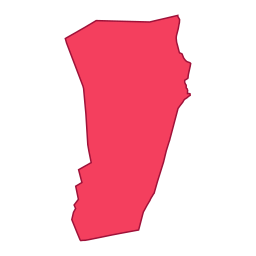 Reifi Telkok, Kassala, Sudan (Natural Earth projection)
{"feature_id": "16777658B60092664698782", "entity_name": "Reifi Telkok", "entity_type": "district", "adm_level": 2, "iso_a3": "SDN", "parent_name": "Sudan", "parent_adm1": "Kassala", "projection": "natural_earth1", "projection_center": [36.762, 16.137], "detail": "fine", "context": "isolated", "style": "filled", "palette": "rose", "viewbox_px": 256, "rotation_deg": 0, "n_neighbors": 0, "source": "geoboundaries", "source_scale": "gbopen_adm2", "svg_char_len": 1445}
<svg xmlns="http://www.w3.org/2000/svg" viewBox="0 0 256 256"><path d="M80.8,240.6L82.0,240.4L84.1,240.3L85.1,240.3L88.6,239.7L103.5,236.7L112.2,234.9L120.6,233.3L134.7,230.7L138.6,230.0L139.0,228.6L142.6,214.7L143.4,211.9L144.8,209.4L147.0,205.3L150.1,200.1L150.3,199.4L151.7,196.9L151.9,196.7L153.5,194.0L154.1,193.3L157.4,181.7L163.5,162.2L164.9,156.4L166.3,150.7L169.0,142.0L169.8,139.7L169.8,139.4L170.5,136.8L171.1,134.6L177.6,110.1L178.0,108.5L178.3,108.1L180.0,105.7L182.8,102.1L183.4,101.0L183.9,100.1L184.4,99.6L185.0,99.0L186.8,97.9L188.8,96.2L189.9,95.5L190.2,95.3L190.0,93.8L189.7,93.8L189.7,93.7L188.9,93.5L187.8,93.6L187.5,93.6L187.5,91.4L187.7,90.8L187.2,88.9L186.2,87.9L186.2,85.1L185.9,84.8L185.6,84.4L184.9,82.9L184.7,82.4L184.7,80.3L187.8,78.4L188.0,77.5L188.1,77.3L188.1,76.5L188.4,74.4L189.7,68.5L189.9,67.5L190.1,66.8L190.7,63.5L189.9,62.7L188.5,62.2L186.9,61.6L185.7,60.6L184.8,59.6L183.6,57.9L182.7,55.6L182.1,54.0L180.6,53.2L179.6,52.9L179.1,51.7L178.5,49.3L177.6,45.8L176.6,42.2L176.2,38.1L176.4,35.9L177.8,30.4L178.0,29.6L178.2,29.0L179.0,24.4L179.4,22.7L179.6,19.9L179.6,19.6L177.8,16.4L177.8,15.4L149.6,22.0L134.2,21.6L126.3,21.4L96.2,20.6L83.9,27.9L65.3,38.5L66.6,43.1L83.0,86.2L83.6,88.6L85.9,113.9L87.8,144.7L88.9,151.1L91.2,162.6L78.6,169.7L81.9,182.5L75.7,186.2L78.4,199.3L74.1,205.0L75.6,208.5L73.5,212.3L71.8,219.6L77.1,232.7L80.1,239.9L80.8,240.6Z" fill="#f43f5e" stroke="#9f1239" stroke-width="1.5"/></svg>